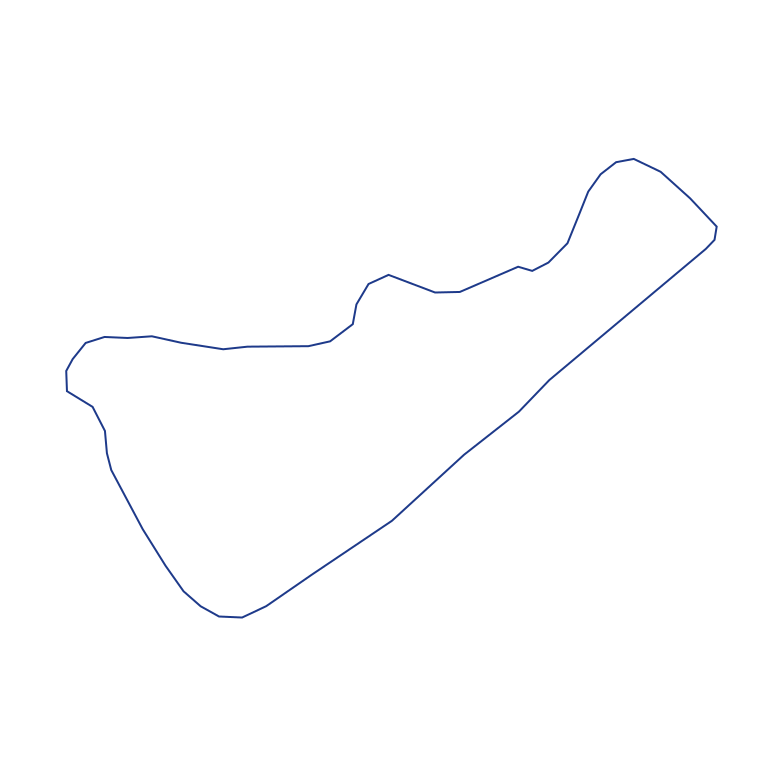 Elobey Chico, Equatorial Guinea, rotated 95°
{"feature_id": "11065452B42024070816207", "entity_name": "Elobey Chico", "entity_type": "district", "adm_level": 2, "iso_a3": "GNQ", "parent_name": "Equatorial Guinea", "parent_adm1": "", "projection": "albers", "projection_center": [9.518, 1.0], "detail": "fine", "context": "isolated", "style": "outline", "palette": "blue", "viewbox_px": 768, "rotation_deg": 95, "n_neighbors": 0, "source": "geoboundaries", "source_scale": "gbopen_adm2", "svg_char_len": 748}
<svg xmlns="http://www.w3.org/2000/svg" viewBox="0 0 768 768"><g transform="rotate(95 384 384)"><path d="M211.6,67.3L198.2,66.3L172.4,95.2L148.5,126.9L138.0,154.8L142.8,172.1L156.2,186.5L174.5,197.3L197.1,204.1L227.8,213.5L248.7,230.8L258.4,246.2L255.5,260.6L285.7,316.5L288.4,341.1L274.9,389.0L285.7,408.1L307.1,418.4L327.1,420.3L346.2,441.4L352.9,462.6L358.7,523.2L363.4,547.2L360.6,589.6L356.7,619.4L360.5,643.4L361.5,666.5L369.1,684.8L386.3,696.3L398.7,701.7L418.8,699.2L432.2,672.3L455.1,657.9L477.1,654.0L493.5,648.2L549.7,611.7L584.1,585.8L608.0,565.6L621.4,547.3L630.0,528.1L629.0,505.0L615.6,482.0L580.4,439.5L519.6,364.2L447.5,298.1L399.8,247.2L365.6,219.6L221.4,75.2L211.6,67.3Z" fill="none" stroke="#1e3a8a" stroke-width="2"/></g></svg>